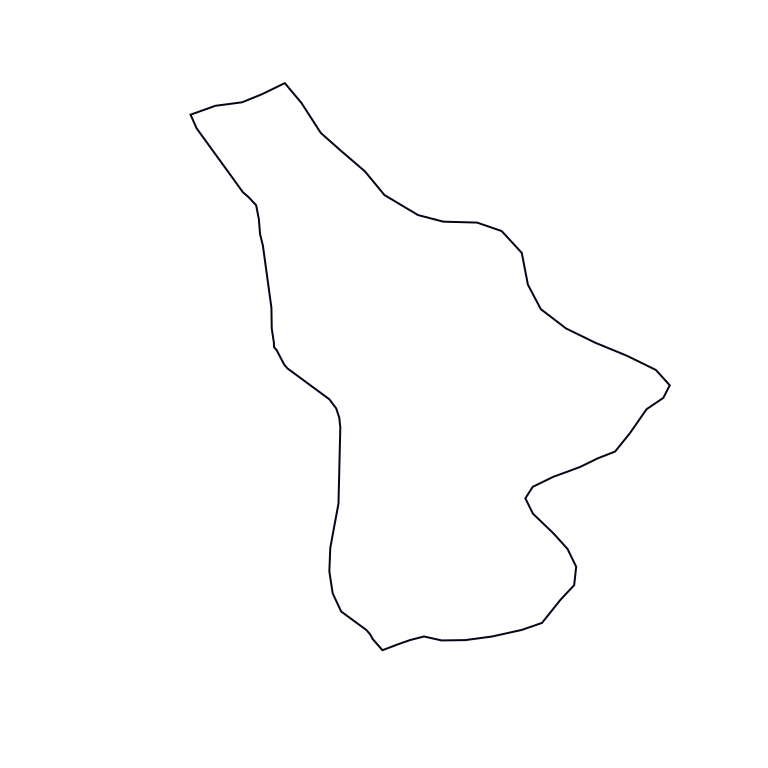 an SVG outline of Brazzaville, rotated 109°
{"feature_id": "COG-4855", "entity_name": "Brazzaville", "entity_type": "Region", "adm_level": 1, "iso_a3": "COG", "parent_name": "Republic of the Congo", "parent_adm1": "", "projection": "orthographic", "projection_center": [15.461, -3.984], "detail": "fine", "context": "isolated", "style": "outline", "palette": "ink", "viewbox_px": 768, "rotation_deg": 109, "n_neighbors": 0, "source": "natural_earth", "source_scale": "10m", "svg_char_len": 1078}
<svg xmlns="http://www.w3.org/2000/svg" viewBox="0 0 768 768"><g transform="rotate(109 384 384)"><path d="M636.2,298.8L628.8,311.7L625.2,315.6L622.3,320.7L613.1,350.4L601.0,362.1L598.4,364.5L578.9,374.7L556.6,381.4L534.1,384.8L511.9,388.1L439.2,411.2L430.3,415.4L422.6,421.3L416.2,430.8L400.7,480.4L398.0,484.8L386.9,496.6L384.9,500.0L380.5,501.7L368.1,508.2L348.5,515.3L292.5,543.6L282.6,550.0L268.9,556.0L256.6,563.1L251.3,573.1L248.6,579.9L229.8,606.6L203.3,644.4L192.3,654.6L175.9,634.1L163.9,610.0L149.9,593.9L131.8,575.8L145.1,553.6L167.2,525.5L177.2,501.4L189.2,471.2L205.2,445.1L213.2,406.9L211.2,380.8L201.1,348.6L201.1,322.5L215.2,296.4L243.2,280.3L262.2,260.1L272.2,230.0L276.2,197.8L278.2,163.7L282.2,131.5L292.2,113.4L306.2,115.4L322.3,127.5L350.5,135.5L372.6,143.5L384.6,157.6L398.7,171.7L416.7,193.8L432.8,209.9L446.1,213.1L458.1,201.0L470.2,174.9L480.2,156.8L494.2,142.8L512.3,138.7L530.3,146.8L558.4,156.8L571.6,173.6L587.6,199.7L599.7,223.8L607.7,246.0L609.7,264.0L617.7,276.1L625.7,286.2L636.2,298.8Z" fill="none" stroke="#020617" stroke-width="2"/></g></svg>